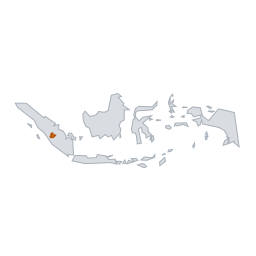 location of Bungo, Jambi, Indonesia, rotated 351°
{"feature_id": "22746128B28569646979400", "entity_name": "Bungo", "entity_type": "district", "adm_level": 2, "iso_a3": "IDN", "parent_name": "Indonesia", "parent_adm1": "Jambi", "projection": "robinson", "projection_center": [101.875, -1.516], "detail": "fine", "context": "in_parent", "style": "filled", "palette": "amber", "viewbox_px": 256, "rotation_deg": 351, "n_neighbors": 0, "source": "geoboundaries", "source_scale": "gbopen_adm2", "svg_char_len": 4743}
<svg xmlns="http://www.w3.org/2000/svg" viewBox="0 0 256 256"><g transform="rotate(351 128 128)"><path d="M88.2,104.6L92.4,110.8L98.5,110.0L101.6,107.1L107.0,108.8L111.2,107.7L116.6,93.1L123.3,92.3L126.4,95.8L123.1,96.1L127.8,103.1L126.5,104.6L132.2,110.2L127.1,109.5L125.5,119.5L121.6,120.9L119.4,124.9L120.8,127.6L119.3,132.0L112.0,137.6L110.3,132.6L107.3,133.8L104.2,131.0L98.7,134.3L97.9,130.7L91.2,131.2L89.9,122.2L86.5,119.7L85.0,113.5L85.6,107.4L88.2,104.6ZM20.6,85.8L31.5,87.7L45.5,103.7L47.2,105.0L47.9,103.4L57.2,112.3L55.0,114.2L60.3,113.8L59.2,118.4L63.5,120.9L65.8,126.5L64.8,129.2L68.3,128.0L71.4,131.9L70.0,146.3L64.8,144.7L64.6,146.8L50.4,132.2L44.5,119.8L39.1,113.5L36.4,105.5L22.3,90.6L20.6,85.8ZM235.4,129.3L234.8,163.9L230.3,159.0L230.9,157.5L225.1,159.2L226.1,155.7L224.5,153.9L225.1,153.7L226.0,153.8L226.6,153.6L223.9,152.3L225.1,151.9L222.8,145.6L217.9,141.7L202.4,135.7L201.9,131.6L199.8,136.1L197.5,137.0L196.7,132.9L193.1,130.2L201.2,129.3L202.3,126.6L194.7,127.3L192.9,123.7L188.6,123.0L189.8,119.9L195.2,117.3L202.6,119.3L203.5,127.7L208.5,133.3L220.5,123.3L235.4,129.3ZM159.9,110.1L154.6,113.8L139.7,112.6L137.9,114.0L137.2,118.3L140.1,122.7L144.3,119.8L153.1,119.5L143.3,125.4L147.7,130.8L147.4,134.6L150.3,138.7L144.3,140.7L144.5,137.1L141.1,134.1L141.8,130.0L140.0,129.6L138.1,131.1L138.8,145.1L134.7,145.2L135.1,136.8L134.4,134.1L131.6,133.5L131.2,129.8L134.6,120.2L136.2,120.0L135.7,115.9L138.2,110.2L142.0,108.3L155.4,110.9L160.9,106.4L159.9,110.1ZM71.5,146.8L82.1,148.8L83.7,151.5L91.9,152.3L93.8,149.5L101.8,152.2L104.0,156.1L110.5,156.8L110.4,160.1L111.3,162.0L105.1,159.4L80.1,156.5L67.7,151.7L71.5,146.8ZM173.3,110.9L177.7,107.0L175.7,111.5L178.8,114.2L174.0,113.8L176.5,120.1L173.1,116.7L171.8,109.3L174.6,103.7L173.3,110.9ZM175.4,130.6L186.5,132.0L187.6,135.9L183.1,133.1L176.9,133.7L175.1,132.2L174.0,134.0L175.4,130.6ZM149.7,161.2L141.5,162.9L135.7,161.6L139.5,159.2L147.5,161.3L150.3,158.5L149.7,161.2ZM126.2,158.7L131.6,159.5L132.6,161.5L121.6,163.3L123.4,159.9L127.1,161.8L128.4,161.1L126.2,158.7ZM159.7,162.9L159.8,166.8L153.6,170.2L153.9,166.5L159.7,162.9ZM71.4,124.3L72.9,128.5L75.0,129.1L74.3,131.7L71.2,130.4L70.2,127.0L67.1,126.2L68.6,123.8L71.4,124.3ZM223.4,159.4L219.3,160.0L221.4,155.6L224.6,154.7L225.6,156.3L223.4,159.4ZM136.7,165.2L139.2,167.1L140.3,169.1L137.7,169.8L131.7,166.0L136.7,165.2ZM169.1,131.8L170.8,134.7L168.2,135.7L165.3,133.6L165.5,131.9L169.1,131.8ZM110.8,158.8L116.5,160.1L113.9,162.4L110.8,158.8ZM119.8,159.0L120.7,162.6L117.2,162.1L119.8,159.0ZM81.6,129.7L78.8,132.4L79.0,129.0L81.6,129.7ZM205.2,144.2L205.7,148.9L204.5,149.1L203.4,145.7L205.2,144.2ZM109.0,152.4L104.5,153.8L102.7,153.0L109.0,152.4ZM151.8,139.6L151.8,143.7L149.2,145.5L150.2,139.9L151.8,139.6ZM29.3,107.8L33.3,110.2L32.8,112.4L29.3,107.8ZM39.1,124.8L37.5,123.9L36.8,120.5L38.0,120.5L39.1,124.8ZM189.7,157.9L188.9,156.2L191.3,153.2L191.1,155.9L189.7,157.9ZM185.6,115.8L190.2,116.9L185.0,116.5L185.6,115.8ZM157.7,124.2L161.9,125.4L157.2,125.3L157.7,124.2ZM149.8,141.6L147.5,143.7L149.5,139.9L149.8,141.6ZM209.2,118.8L211.6,119.2L213.8,121.2L211.7,121.6L209.2,118.8ZM168.5,156.2L167.0,157.7L163.8,157.8L164.7,156.1L168.5,156.2ZM204.9,149.6L203.9,151.8L202.8,151.7L202.9,148.3L204.9,149.6ZM175.2,124.2L172.4,124.6L171.6,123.8L172.8,122.5L175.2,124.2ZM209.6,123.8L213.0,124.2L216.2,125.0L213.1,125.5L209.6,123.8ZM150.6,121.7L153.4,123.1L150.5,123.8L150.6,121.7ZM177.4,103.5L175.5,103.2L177.3,101.6L177.4,103.5ZM157.2,160.1L160.3,158.9L160.7,159.7L157.2,160.1ZM185.5,124.4L185.0,126.3L182.6,125.3L183.8,124.7L185.5,124.4ZM119.6,135.4L118.4,136.7L119.4,132.7L119.6,135.4ZM172.5,117.1L174.0,119.7L173.4,120.1L171.2,118.0L172.5,117.1Z" fill="#d9dde1" stroke="#a8b0b8" stroke-width="1"/><path d="M54.8,124.1L54.7,124.1L54.7,123.9L54.7,123.7L54.4,123.7L54.2,123.7L54.0,123.8L53.9,123.7L53.9,123.4L53.8,123.2L53.7,123.2L53.4,123.2L53.2,123.1L53.0,122.9L52.9,122.9L52.7,122.8L52.4,122.7L52.2,122.7L51.9,122.6L51.8,122.4L51.9,122.2L52.0,122.1L52.2,121.9L52.3,121.9L52.2,121.8L52.1,121.7L52.3,121.6L52.2,121.5L52.3,121.4L52.2,121.4L52.2,121.5L52.1,121.4L51.9,121.3L51.8,121.5L51.7,121.6L51.5,121.9L51.4,121.9L51.4,122.0L51.2,122.0L51.2,121.9L51.1,122.0L51.0,122.3L51.1,122.5L51.0,122.8L51.1,123.0L50.9,123.2L50.9,123.4L50.8,123.5L50.7,123.5L50.4,123.8L50.2,123.9L50.2,124.0L50.1,124.3L49.9,124.3L49.8,124.5L50.0,124.7L50.1,124.8L50.3,125.0L50.5,125.2L50.6,125.4L50.8,125.4L51.0,125.4L51.3,125.3L51.3,125.2L51.5,125.1L51.8,125.2L52.0,125.2L52.1,125.3L52.3,125.3L52.3,125.5L52.5,125.5L52.6,125.4L52.8,125.3L53.0,125.3L53.0,125.2L53.0,124.9L53.3,124.9L53.5,124.8L53.5,124.7L53.8,124.5L53.9,124.4L54.0,124.4L54.3,124.5L54.5,124.4L54.7,124.2L54.8,124.1Z" fill="#f59e0b" stroke="#b45309" stroke-width="1.5"/></g></svg>